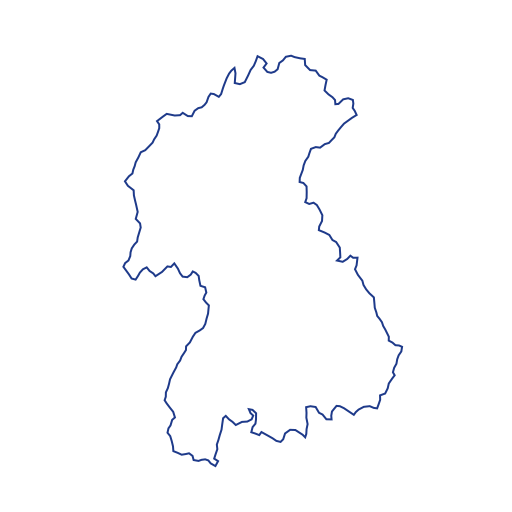 the district of São José do Barreiro, São Paulo, Brazil, rotated 160°
{"feature_id": "56859067B64806727211215", "entity_name": "São José do Barreiro", "entity_type": "district", "adm_level": 2, "iso_a3": "BRA", "parent_name": "Brazil", "parent_adm1": "São Paulo", "projection": "robinson", "projection_center": [-44.584, -22.754], "detail": "fine", "context": "isolated", "style": "outline", "palette": "blue", "viewbox_px": 512, "rotation_deg": 160, "n_neighbors": 0, "source": "geoboundaries", "source_scale": "gbopen_adm2", "svg_char_len": 4046}
<svg xmlns="http://www.w3.org/2000/svg" viewBox="0 0 512 512"><g transform="rotate(160 256 256)"><path d="M353.6,371.0L352.4,365.8L348.5,359.6L350.0,354.7L350.7,349.2L351.1,345.4L352.1,337.9L356.3,332.0L353.8,326.3L354.6,322.2L360.8,313.9L362.8,310.2L366.4,308.4L370.1,305.7L372.6,302.4L374.2,298.9L377.4,295.4L381.4,294.1L384.3,291.2L382.9,286.4L381.7,282.3L380.6,277.4L377.2,275.0L373.6,277.7L370.8,280.1L366.8,282.2L362.6,282.7L361.1,278.3L358.5,274.8L357.4,271.4L349.7,273.2L346.4,274.8L342.8,276.5L339.7,274.8L335.3,277.0L333.7,270.8L333.3,265.8L332.0,261.7L327.8,259.6L323.7,260.8L320.7,263.1L318.5,260.8L316.7,256.9L317.6,252.7L318.4,247.0L314.5,244.0L315.2,238.6L317.7,236.5L320.2,233.4L318.9,229.4L317.2,225.7L320.8,218.2L323.7,214.3L326.9,209.5L330.4,206.4L334.3,205.3L339.2,204.5L342.9,201.8L347.7,197.4L352.6,195.0L354.0,191.6L356.7,189.5L360.4,186.8L363.1,183.7L367.0,181.2L369.1,178.6L373.4,174.8L378.9,169.6L381.6,165.4L384.1,161.9L387.3,158.7L388.9,154.6L391.2,151.7L390.4,148.2L388.9,143.3L387.1,137.9L387.4,132.0L390.8,130.7L394.3,126.0L397.2,124.0L399.6,120.2L398.2,116.1L398.5,110.9L399.1,105.5L400.4,100.9L396.9,97.8L393.8,94.7L389.6,93.9L386.4,93.5L384.0,89.9L384.4,85.6L380.1,83.1L376.9,83.1L373.3,82.3L370.7,80.2L369.5,76.6L366.0,72.5L361.8,76.2L364.6,79.9L361.8,83.5L358.4,87.7L357.3,92.2L354.3,95.9L351.3,100.1L347.8,104.6L345.3,109.4L342.4,114.8L339.1,116.1L337.2,111.7L334.8,108.2L332.8,104.1L325.9,104.9L320.8,103.4L316.0,104.0L313.2,107.0L314.9,110.3L315.1,114.5L311.9,112.6L309.7,108.2L311.9,102.4L313.9,98.6L317.7,96.4L320.7,92.0L317.5,89.5L314.2,86.6L311.1,88.7L306.4,83.3L302.8,79.1L300.1,75.3L296.5,72.9L293.1,74.5L289.4,79.3L283.4,81.0L278.5,79.0L273.3,72.1L271.8,68.8L269.6,71.6L267.7,76.0L265.0,80.4L264.0,86.8L262.2,91.3L260.6,96.8L256.2,96.2L251.6,93.7L250.4,87.1L247.7,84.3L245.7,78.5L240.9,76.6L239.9,80.2L237.8,83.9L235.0,85.6L231.6,87.6L228.6,86.2L225.4,82.9L218.4,73.3L215.6,75.2L212.1,76.6L206.3,77.4L200.5,76.0L197.3,73.0L194.3,71.4L191.5,74.7L188.5,78.4L187.1,82.6L181.7,82.6L177.5,86.6L174.8,90.8L169.9,94.3L166.5,96.5L167.1,99.9L164.4,103.7L160.9,106.7L158.6,110.7L155.9,113.9L152.1,116.6L149.8,120.7L152.2,123.0L155.5,124.5L157.4,128.0L160.2,131.1L158.8,134.7L159.2,138.4L159.7,142.8L160.4,146.7L160.3,150.7L161.4,154.8L162.6,158.2L162.2,161.9L162.1,166.7L160.9,171.1L159.4,176.8L162.2,182.2L163.9,187.0L164.9,192.0L164.5,196.4L165.6,199.9L166.7,203.5L167.5,209.7L164.7,212.8L161.2,219.7L165.3,221.1L167.2,224.0L171.3,222.0L176.5,220.9L181.4,224.0L177.2,225.9L175.9,230.1L174.4,235.2L175.9,241.7L178.7,244.9L179.9,250.7L183.5,254.6L188.1,258.8L186.5,262.1L182.0,266.3L179.7,271.6L180.4,277.9L181.4,283.1L183.7,286.4L188.2,286.7L191.3,289.8L188.7,293.0L186.5,298.7L184.7,304.1L186.5,308.4L189.7,310.6L188.1,314.5L182.6,320.9L180.2,324.9L177.1,328.5L172.9,331.4L170.7,334.3L167.7,337.9L162.6,337.9L158.7,335.9L153.1,337.6L148.8,337.3L145.0,339.2L141.8,340.7L139.2,343.6L135.7,345.9L131.8,348.2L128.0,350.3L123.8,351.5L118.6,353.0L113.2,354.1L113.6,358.6L114.5,362.1L112.4,365.9L111.6,369.5L115.4,372.7L120.5,373.4L126.5,370.7L129.5,371.5L128.4,375.5L129.8,379.0L132.6,383.1L135.0,388.1L132.2,392.9L129.3,397.5L132.5,401.4L134.8,403.8L136.5,409.8L141.6,412.2L144.5,418.6L142.8,424.5L146.8,426.6L151.7,429.7L154.5,432.2L159.8,433.0L163.8,430.6L168.1,429.4L171.8,424.1L175.5,422.8L179.2,423.0L182.4,425.1L184.5,430.5L180.2,433.3L182.0,438.7L186.2,443.2L189.7,439.0L193.0,435.5L197.4,432.7L201.6,428.4L207.1,423.2L212.4,423.0L216.8,425.8L214.5,430.9L212.8,434.7L211.9,440.1L215.8,438.6L218.9,436.6L222.8,433.0L227.7,427.4L229.9,424.7L233.4,420.1L236.5,418.3L240.2,422.6L243.0,424.1L246.2,421.8L249.9,417.3L252.7,415.6L256.2,414.3L259.7,414.7L264.0,413.5L268.5,409.3L272.2,410.8L275.9,415.6L279.2,414.3L284.3,415.8L291.3,420.1L295.9,418.8L302.9,416.6L301.9,412.8L303.2,409.2L305.6,406.2L308.2,403.1L311.9,400.4L314.4,397.9L318.9,395.7L323.9,393.3L328.8,392.9L332.9,388.8L337.0,385.2L339.3,381.9L341.8,379.1L343.9,375.8L348.1,374.4L353.6,371.0Z" fill="none" stroke="#1e3a8a" stroke-width="2"/></g></svg>